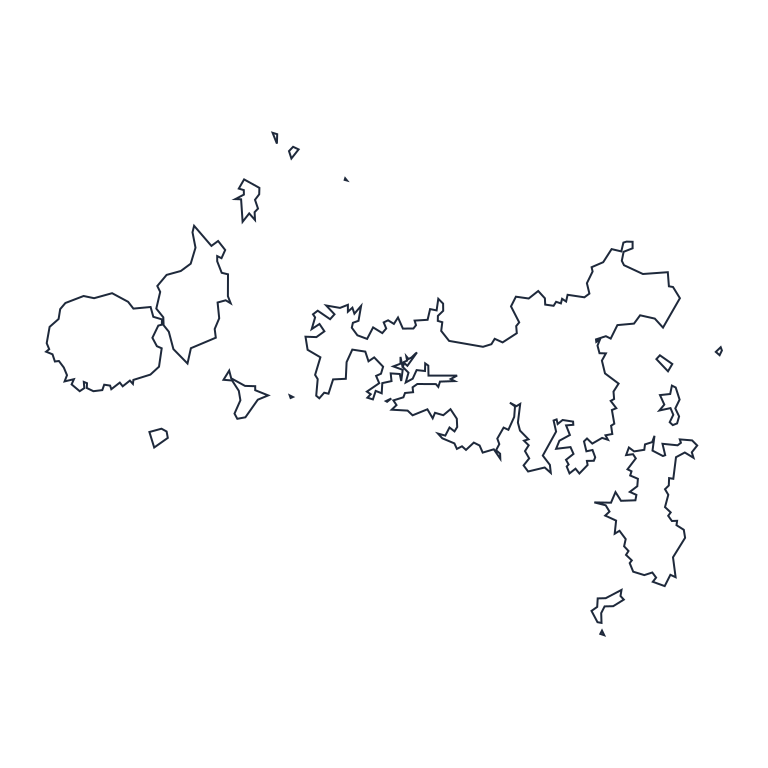 outline of Waiheke Local Board Area, Auckland, New Zealand
{"feature_id": "76426892B70848202071782", "entity_name": "Waiheke Local Board Area", "entity_type": "district", "adm_level": 2, "iso_a3": "NZL", "parent_name": "New Zealand", "parent_adm1": "Auckland", "projection": "albers", "projection_center": [175.058, -36.805], "detail": "fine", "context": "isolated", "style": "outline", "palette": "slate", "viewbox_px": 768, "rotation_deg": 0, "n_neighbors": 0, "source": "geoboundaries", "source_scale": "gbopen_adm2", "svg_char_len": 6120}
<svg xmlns="http://www.w3.org/2000/svg" viewBox="0 0 768 768"><path d="M403.4,397.3L393.4,400.4L396.5,405.1L391.7,409.7L407.6,410.6L412.6,415.3L427.4,409.3L432.7,418.3L435.0,412.8L443.3,415.2L450.5,409.2L456.8,418.7L457.2,427.0L454.5,431.4L449.5,427.5L445.3,435.6L438.0,433.6L442.3,438.3L454.4,443.4L456.9,448.9L462.0,446.3L466.0,449.9L473.8,442.6L479.6,445.5L482.7,452.6L493.8,449.3L500.3,458.8L500.1,453.7L496.1,450.2L499.3,444.1L497.3,438.6L503.6,427.6L508.4,429.8L514.2,416.9L515.0,406.4L509.9,402.7L516.4,406.2L520.2,403.9L517.9,422.6L520.0,430.6L528.5,439.3L524.0,440.7L528.7,445.3L525.0,451.1L529.2,458.4L523.6,465.4L528.1,471.5L544.7,467.5L550.8,472.9L549.9,464.9L542.8,455.6L556.1,431.6L553.6,420.5L556.6,419.4L557.7,424.0L562.6,420.0L573.1,421.6L573.3,424.8L566.1,425.4L569.9,435.0L559.4,440.7L556.1,448.8L570.5,447.1L573.5,453.9L566.0,459.8L568.6,464.5L566.7,466.5L569.5,473.4L575.5,468.7L579.4,473.5L587.6,465.0L586.9,460.9L593.8,460.8L595.2,457.3L592.5,450.0L586.4,451.3L584.0,441.4L587.0,438.5L592.3,443.6L602.1,437.9L608.0,439.8L605.5,435.3L612.3,434.0L611.1,425.7L614.3,423.7L611.9,410.0L616.3,408.2L610.7,400.9L614.1,399.0L613.5,391.6L618.6,383.6L605.0,373.4L601.9,360.6L605.9,353.4L599.5,353.2L597.5,345.6L600.2,339.0L596.3,341.9L596.0,339.4L605.9,336.2L610.7,338.6L617.4,325.1L634.0,323.6L640.1,315.3L654.8,318.6L663.0,327.6L679.9,298.2L673.0,287.0L668.9,286.3L667.8,272.2L642.9,274.0L624.0,265.2L621.8,260.8L623.6,251.8L632.6,248.3L632.6,241.8L626.6,241.6L623.4,242.6L621.3,251.4L611.6,249.1L603.2,262.2L591.6,267.2L592.6,271.5L586.9,283.2L589.4,293.6L584.4,297.3L567.6,294.8L566.1,301.5L562.1,298.8L560.9,303.4L556.1,301.8L553.6,305.8L545.2,304.6L544.9,298.3L538.2,291.0L528.7,298.5L515.9,296.7L511.0,306.4L519.2,322.4L516.2,326.1L516.8,333.2L502.6,342.4L494.7,338.8L491.4,344.2L483.0,346.8L449.1,340.9L441.2,330.9L442.3,322.2L437.8,320.9L437.9,315.9L443.2,310.8L443.1,303.6L438.3,298.8L436.6,310.4L430.1,309.1L427.6,319.8L414.6,320.6L416.0,325.2L413.4,328.5L402.9,328.6L398.0,317.5L393.9,323.9L388.1,320.3L383.7,322.4L386.2,328.5L382.3,333.1L373.1,327.4L367.1,338.9L357.4,335.3L351.8,327.7L352.9,322.8L358.5,320.8L361.1,305.9L354.4,313.7L352.4,307.7L347.9,311.7L347.9,304.8L340.0,307.9L326.2,305.5L334.5,314.3L330.1,319.2L317.7,310.7L313.0,314.3L315.1,317.4L311.7,329.1L319.5,324.0L324.4,331.3L316.4,337.1L305.5,336.7L307.6,349.8L320.4,357.3L315.1,374.9L317.7,379.1L316.2,395.7L319.3,398.3L324.2,392.7L328.5,393.7L333.1,379.4L345.8,378.8L346.6,362.1L352.3,349.6L365.3,351.6L368.5,361.3L374.2,357.4L383.1,366.7L381.0,373.7L376.1,375.9L379.2,383.2L366.9,391.6L370.7,394.2L367.4,397.7L372.9,399.4L375.7,390.9L381.7,393.3L382.3,383.1L391.5,381.1L390.7,373.4L399.8,374.0L401.2,381.0L402.7,369.8L393.3,366.4L400.5,363.7L400.5,356.9L402.2,365.2L403.7,362.1L407.1,360.6L406.3,356.3L408.6,359.0L411.6,357.4L415.8,353.3L416.4,353.0L416.9,352.5L417.0,352.4L407.4,365.8L404.1,362.9L402.9,367.1L408.5,372.7L405.7,382.5L412.7,378.7L416.6,370.1L425.0,371.0L425.2,363.4L428.3,365.6L428.5,375.6L457.1,375.6L450.7,379.0L454.7,381.1L440.0,381.6L438.3,386.9L435.9,384.1L417.3,384.0L412.6,387.3L413.1,392.2L405.0,393.0L403.4,397.3ZM112.1,293.2L94.1,298.2L83.6,296.0L65.4,303.0L60.2,309.1L58.6,319.0L49.6,326.9L46.7,343.2L49.2,349.2L46.1,351.7L52.5,354.3L54.9,361.5L58.9,361.0L63.8,367.5L67.0,375.2L64.6,381.4L73.9,379.2L71.6,384.4L79.7,391.2L84.3,388.1L83.8,381.9L87.0,383.2L86.8,388.0L93.4,391.2L102.3,390.1L104.2,384.7L110.1,385.6L111.3,389.2L119.8,382.6L122.7,386.3L129.9,380.6L132.9,383.9L133.4,379.9L150.4,374.6L159.0,366.7L161.7,348.3L156.9,346.2L152.4,337.8L158.3,325.6L161.8,324.7L162.0,319.4L153.3,316.8L150.6,307.0L133.4,308.6L128.1,301.8L112.1,293.2ZM652.5,450.6L654.5,435.8L652.2,442.1L645.0,444.4L644.3,449.8L634.1,451.4L628.9,447.5L626.1,455.1L633.0,454.2L635.8,458.4L627.5,469.3L631.5,471.3L630.2,475.5L637.9,478.8L637.3,486.2L629.8,491.9L636.4,494.9L635.4,500.3L621.0,500.8L615.5,492.1L611.0,502.7L594.3,502.4L605.7,505.3L609.5,511.6L605.2,515.6L616.1,520.6L614.7,533.7L619.5,530.8L625.7,539.1L624.1,546.3L628.5,551.0L626.0,554.9L631.8,560.4L629.7,563.1L633.2,571.7L644.3,575.1L652.3,572.5L656.1,577.6L652.8,581.8L664.7,586.1L670.4,574.8L675.6,577.2L673.0,557.3L685.1,537.8L683.8,529.8L676.5,525.2L677.1,520.8L671.9,521.0L668.2,515.8L670.7,512.4L665.0,507.1L668.3,494.8L665.0,489.2L668.8,485.5L669.1,478.1L673.3,478.8L676.0,457.2L684.8,452.5L693.5,457.8L691.8,452.3L697.2,445.5L692.1,440.4L679.8,439.4L680.9,442.8L677.6,445.3L662.5,443.8L665.2,455.2L662.9,456.0L652.5,450.6ZM211.4,245.9L194.1,225.8L192.5,232.3L195.5,247.7L190.7,263.7L180.8,271.0L166.6,274.9L157.3,286.0L160.2,291.9L156.3,308.6L163.3,317.3L163.6,325.2L168.8,331.7L173.4,349.1L187.5,363.5L190.9,348.2L215.8,337.7L214.7,329.0L219.2,318.3L217.6,302.5L225.7,300.3L230.7,303.3L227.9,296.2L228.0,274.3L221.7,272.8L217.2,261.3L217.2,256.1L221.5,258.2L225.2,250.0L218.1,241.0L211.4,245.9ZM231.2,378.3L229.2,370.6L223.5,379.8L232.1,380.5L238.8,390.8L240.4,400.3L234.5,413.6L237.3,418.8L245.4,417.3L257.8,399.7L268.2,395.4L255.2,390.2L255.2,386.2L245.0,385.9L231.2,378.3ZM244.1,179.4L238.8,188.6L243.8,190.1L243.9,194.6L235.3,199.1L241.1,199.3L242.6,221.8L249.2,213.4L255.0,220.0L254.6,212.2L258.0,208.6L255.0,199.8L259.2,194.3L259.4,187.9L244.1,179.4ZM621.5,589.9L605.7,598.2L597.7,598.4L597.2,606.9L591.5,610.9L597.5,622.2L601.5,622.9L601.2,613.1L604.6,606.4L613.2,606.2L623.8,599.6L620.5,596.0L621.5,589.9ZM679.6,399.6L675.7,387.5L671.9,385.6L670.2,394.0L660.0,395.1L664.3,404.6L659.4,410.5L670.5,408.1L673.3,414.8L669.7,422.2L672.8,425.1L677.1,423.4L679.1,416.4L675.3,408.4L679.6,399.6ZM161.5,428.7L149.4,432.0L154.2,447.5L167.8,437.9L166.6,431.5L161.5,428.7ZM672.3,364.0L659.9,355.3L656.4,359.1L668.0,371.3L672.3,364.0ZM293.1,146.8L289.0,151.1L291.4,158.5L298.6,149.4L293.1,146.8ZM720.7,347.2L715.8,351.9L719.6,355.2L721.9,350.5L720.7,347.2ZM277.2,134.2L272.6,132.8L276.9,143.6L277.2,134.2ZM600.3,633.9L604.2,635.2L602.0,630.6L600.3,633.9ZM292.9,397.0L289.7,395.4L290.6,398.0L292.9,397.0ZM347.0,180.5L345.2,178.3L344.7,179.9L347.0,180.5ZM387.1,401.8L391.3,398.5L385.9,401.1L387.1,401.8Z" fill="none" stroke="#1e293b" stroke-width="2"/></svg>